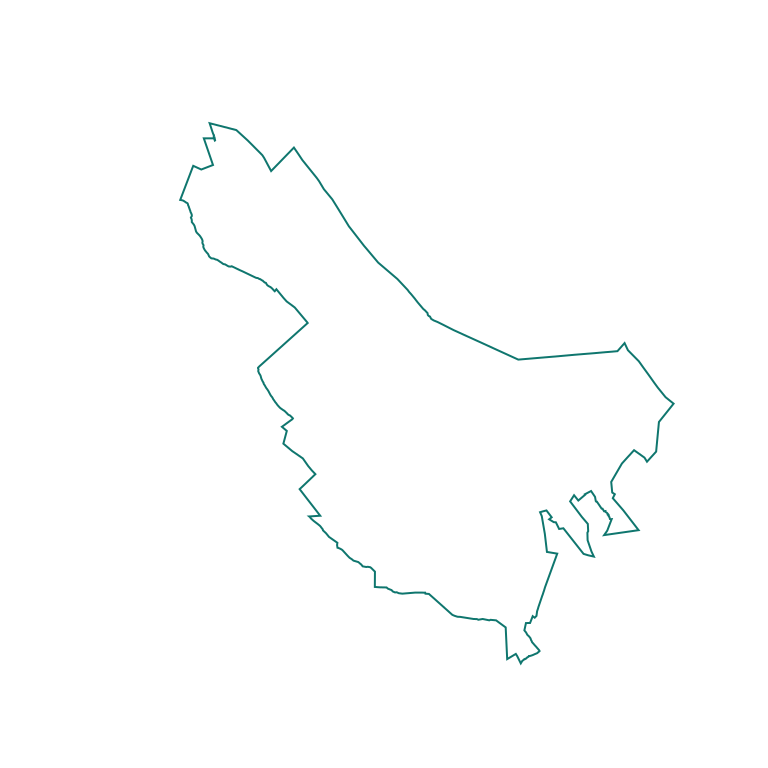 Arteaga, Coahuila, Mexico (Mercator projection), rotated 215°
{"feature_id": "50627088B72985207362422", "entity_name": "Arteaga", "entity_type": "district", "adm_level": 2, "iso_a3": "MEX", "parent_name": "Mexico", "parent_adm1": "Coahuila", "projection": "mercator", "projection_center": [-100.619, 25.345], "detail": "fine", "context": "isolated", "style": "outline", "palette": "teal", "viewbox_px": 768, "rotation_deg": 215, "n_neighbors": 0, "source": "geoboundaries", "source_scale": "gbopen_adm2", "svg_char_len": 6021}
<svg xmlns="http://www.w3.org/2000/svg" viewBox="0 0 768 768"><g transform="rotate(215 384 384)"><path d="M210.4,555.5L211.6,544.8L216.7,540.5L220.7,537.2L230.1,529.3L237.0,523.6L244.6,517.3L259.9,504.4L262.7,502.1L288.0,481.0L295.6,479.6L315.1,476.0L328.8,473.5L334.1,472.5L341.1,471.2L344.2,470.6L350.8,469.4L357.8,468.1L364.1,467.2L369.8,466.4L375.7,465.5L379.7,464.6L382.7,464.4L385.0,465.6L386.5,465.4L387.7,465.7L389.1,467.1L390.8,467.4L392.5,467.8L394.9,468.0L403.3,470.2L404.5,470.6L405.6,470.9L407.7,471.6L413.5,473.2L416.2,473.8L418.5,474.6L433.3,477.7L458.4,480.1L475.6,484.7L479.5,485.7L502.4,492.8L502.9,492.9L513.7,497.6L524.1,502.1L532.3,505.6L545.0,509.1L553.5,512.9L557.2,514.2L579.3,520.6L584.9,522.8L593.4,526.0L598.6,493.7L611.8,500.4L614.5,501.5L615.1,501.7L635.2,505.3L650.6,507.3L676.4,497.6L668.4,491.6L666.0,490.0L665.9,490.1L665.7,489.9L665.7,489.6L665.5,489.2L665.1,488.7L664.2,488.2L664.0,488.5L662.1,486.7L662.2,486.4L664.2,487.7L672.5,481.9L649.7,465.3L656.7,454.9L665.4,453.3L664.9,451.2L656.5,417.9L654.5,418.8L654.2,418.9L653.2,419.1L652.0,419.1L651.3,419.2L650.4,419.1L649.3,419.3L648.5,419.3L647.6,418.7L646.9,418.0L645.7,417.4L645.1,416.8L644.1,416.2L643.1,415.4L642.1,414.8L641.1,413.9L639.7,413.2L638.6,412.4L638.2,412.0L637.7,411.1L637.7,410.3L637.6,409.5L636.2,408.7L635.2,407.7L634.3,406.4L632.6,405.9L631.2,405.5L629.7,404.7L627.9,403.2L626.7,402.2L625.5,401.2L624.2,400.6L620.4,399.9L619.1,399.5L617.4,398.8L615.9,398.1L614.5,397.0L614.0,395.8L613.1,394.9L612.2,394.6L611.4,394.1L610.9,393.0L610.1,392.2L609.3,391.8L608.8,391.5L607.1,390.7L605.8,390.4L604.7,390.0L603.5,389.8L602.5,389.5L601.7,389.0L600.4,388.2L599.0,388.0L597.6,387.9L596.9,388.2L596.0,388.8L594.9,389.2L593.5,389.4L592.7,389.7L592.0,390.0L591.1,390.1L590.0,390.1L589.0,390.1L587.7,390.1L586.6,390.2L585.9,390.1L584.6,390.1L583.6,390.4L583.0,390.8L582.0,390.9L581.2,391.0L580.2,391.0L579.5,391.1L578.7,391.2L578.1,391.5L577.6,391.9L576.8,392.3L576.3,393.1L567.2,394.6L564.7,395.1L558.1,396.2L550.2,397.5L549.8,397.6L549.0,397.9L548.4,398.3L547.3,398.5L546.2,398.5L545.6,398.9L543.5,398.9L542.7,399.1L541.7,398.9L540.7,398.8L539.9,398.7L539.2,399.0L538.7,399.1L537.6,398.5L536.2,398.0L534.9,398.0L533.7,398.1L532.7,398.3L531.4,398.2L530.6,398.1L529.6,397.9L528.3,397.6L527.5,397.4L526.7,397.3L526.5,399.9L523.3,399.0L515.8,396.9L511.1,395.8L501.0,395.5L499.5,395.1L482.7,390.6L481.5,390.2L491.2,348.5L493.6,338.1L496.2,327.1L496.5,325.0L496.3,324.7L495.2,324.0L494.4,322.4L493.8,322.0L493.0,321.5L492.3,321.0L491.3,320.7L489.9,320.0L487.6,318.1L487.0,317.7L486.2,317.3L485.4,316.8L484.4,316.3L483.5,316.0L483.1,315.5L482.1,314.9L481.4,314.7L480.7,314.4L479.5,313.8L478.2,313.2L477.6,313.0L476.6,312.7L475.6,312.3L474.4,311.8L473.1,311.1L471.9,310.5L470.7,309.9L470.0,309.6L469.1,309.3L468.6,309.2L467.7,308.9L466.0,308.0L464.8,307.6L463.5,307.1L462.5,306.7L461.2,306.4L460.2,306.0L459.3,305.7L458.1,305.4L456.7,305.1L455.9,304.9L454.5,304.8L453.3,304.8L451.7,304.8L450.3,304.9L450.0,304.8L449.3,304.8L447.8,304.5L446.8,304.4L445.9,304.1L445.3,304.1L445.2,304.0L444.5,304.0L443.8,304.1L443.2,304.3L441.5,304.1L439.7,303.8L438.9,303.6L438.9,302.6L443.1,290.4L436.7,289.8L432.2,277.4L420.7,276.4L407.8,276.5L399.0,273.3L393.5,271.8L388.5,270.8L391.4,256.2L392.8,249.5L381.0,245.8L371.6,242.9L360.7,239.5L369.3,232.6L368.1,232.5L367.0,232.0L364.7,231.7L363.0,231.5L360.8,231.4L358.0,231.3L355.3,231.1L354.3,230.9L352.8,230.4L350.8,229.8L350.0,229.1L345.9,228.5L341.3,227.2L334.3,227.2L331.1,227.2L330.1,225.2L328.2,223.2L327.4,223.5L325.7,223.9L323.9,224.1L322.9,224.1L321.9,223.9L315.2,222.4L312.5,221.9L309.9,222.0L307.7,221.8L302.9,223.4L298.8,223.0L296.9,222.4L293.6,223.9L292.4,225.0L291.3,225.5L290.2,226.0L289.1,226.0L283.8,225.1L275.1,212.5L270.9,215.0L265.2,218.8L263.4,218.6L259.6,219.5L257.8,219.1L255.4,219.6L254.1,220.7L251.9,221.1L248.7,222.8L238.7,231.1L230.6,236.7L229.8,236.0L226.8,237.8L214.0,236.3L195.6,234.1L193.2,234.6L190.3,235.5L188.1,236.9L175.8,242.9L173.1,244.7L171.5,245.0L168.4,248.1L162.2,250.8L161.5,251.9L156.6,254.7L153.6,254.6L144.7,254.4L125.3,229.3L123.2,234.0L121.2,238.5L118.8,237.5L114.6,235.2L111.7,233.6L111.9,236.4L111.9,236.5L111.7,237.1L111.6,237.4L111.4,238.3L111.3,238.9L110.9,239.6L110.7,239.5L110.1,240.7L110.0,241.3L109.9,242.1L109.7,242.6L109.2,243.4L109.3,244.3L108.5,244.9L108.1,245.3L107.7,245.9L107.5,246.1L106.6,247.4L106.0,248.4L105.5,249.3L105.2,249.7L105.1,249.9L104.9,250.2L104.7,250.5L104.5,250.8L104.2,251.3L104.1,251.5L104.0,252.2L103.9,252.3L103.8,252.9L103.6,253.4L103.4,254.5L104.2,254.9L105.0,255.1L105.7,255.3L106.6,255.5L108.9,256.1L110.4,256.4L113.1,257.1L114.5,257.4L114.7,257.5L115.1,257.8L116.1,258.4L116.5,258.5L117.1,258.9L118.1,259.7L120.3,260.4L121.7,260.6L122.9,260.8L123.6,261.2L125.2,262.0L126.0,262.2L126.7,262.4L127.7,262.7L130.6,269.6L127.3,272.0L127.8,274.2L129.0,279.1L127.5,279.0L126.5,279.0L126.2,280.9L126.1,281.5L127.9,285.0L128.0,285.2L128.2,285.5L129.1,288.6L129.5,289.6L131.1,295.1L132.7,300.6L132.8,300.8L133.2,302.5L133.7,304.1L134.1,305.4L134.2,305.8L134.3,306.2L135.5,309.8L144.8,344.4L154.2,339.9L166.3,353.5L179.0,366.3L182.6,368.5L180.8,370.8L178.4,373.6L170.2,371.0L171.1,367.9L165.7,368.2L163.9,369.3L157.4,365.7L154.3,368.7L123.1,359.3L118.5,360.8L113.1,363.0L118.0,365.8L127.6,372.8L132.1,378.9L132.3,380.5L136.8,386.3L145.7,388.6L164.2,394.6L164.5,401.9L158.0,400.0L155.7,408.7L156.2,408.9L153.0,415.1L146.4,412.6L143.4,409.6L142.9,409.4L142.5,409.4L142.4,409.4L142.1,409.7L138.6,408.4L134.2,406.7L133.5,407.2L130.8,406.0L129.8,406.9L129.5,406.3L127.4,406.3L125.4,405.8L125.6,405.2L124.2,405.0L123.9,404.4L123.0,404.3L121.5,403.0L120.6,403.4L120.0,403.9L117.0,391.9L117.0,386.5L91.6,410.3L115.6,417.8L131.1,421.7L131.7,426.1L134.8,426.0L141.7,434.1L142.5,443.4L143.5,455.3L142.5,463.3L141.2,473.2L128.4,473.1L124.0,471.2L122.3,484.7L137.0,510.6L135.5,534.0L145.8,534.7L157.7,538.1L163.0,539.9L172.8,543.4L180.7,546.1L188.3,548.8L203.6,551.6L210.4,555.5Z" fill="none" stroke="#0f766e" stroke-width="2"/></g></svg>